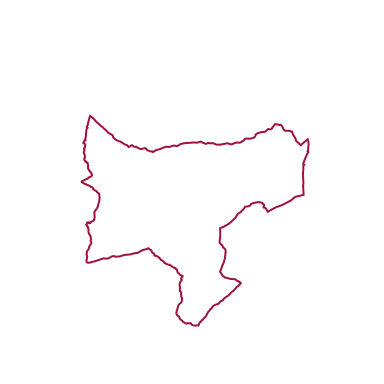 outline of Talea, Prahova, Romania, rotated 329°
{"feature_id": "2599482B77158206199320", "entity_name": "Talea", "entity_type": "district", "adm_level": 2, "iso_a3": "ROU", "parent_name": "Romania", "parent_adm1": "Prahova", "projection": "natural_earth1", "projection_center": [25.556, 45.224], "detail": "fine", "context": "isolated", "style": "outline", "palette": "rose", "viewbox_px": 384, "rotation_deg": 329, "n_neighbors": 0, "source": "geoboundaries", "source_scale": "gbopen_adm2", "svg_char_len": 6048}
<svg xmlns="http://www.w3.org/2000/svg" viewBox="0 0 384 384"><g transform="rotate(329 192 192)"><path d="M286.2,251.9L290.5,243.8L291.6,242.5L296.8,233.1L299.4,229.5L299.9,228.4L300.9,227.0L302.2,226.5L301.7,225.7L302.0,225.0L305.7,221.9L310.0,219.0L312.4,217.6L312.1,216.5L313.4,215.5L315.0,213.1L316.2,211.8L317.5,209.3L318.4,206.5L318.4,206.4L311.1,207.5L309.4,208.0L307.5,201.3L308.0,200.5L308.3,199.6L308.1,195.7L308.4,193.1L308.8,191.6L308.1,191.1L306.3,189.1L303.4,187.6L303.1,186.8L302.8,185.1L303.1,181.9L302.8,180.2L301.2,179.5L300.2,178.2L298.9,177.3L298.2,176.6L297.8,176.6L296.8,177.2L294.0,178.1L293.3,178.8L292.6,179.0L291.7,178.8L290.6,178.1L290.2,177.6L289.7,177.3L289.2,177.3L286.3,177.9L285.3,177.9L284.2,177.4L283.0,176.6L278.5,175.4L276.6,175.5L276.2,175.6L275.8,176.1L274.6,177.0L273.1,177.2L269.6,176.4L268.2,175.7L267.4,174.9L264.8,173.7L264.2,173.8L263.3,174.3L262.6,174.6L261.0,174.4L259.1,174.5L258.0,174.2L256.2,172.8L254.9,172.3L253.0,171.9L250.5,171.6L248.8,170.1L247.8,168.7L247.0,168.2L244.8,167.6L242.6,166.6L240.5,166.0L238.9,164.8L237.3,164.0L236.4,162.6L234.7,160.5L233.4,160.2L231.2,158.4L228.9,157.9L228.3,157.6L227.1,155.8L226.3,155.0L225.7,153.5L224.7,153.0L222.1,152.5L221.3,152.1L219.0,150.4L214.6,148.3L212.7,147.2L209.7,145.9L207.3,145.1L206.2,145.0L204.9,145.1L202.9,145.0L200.2,142.7L195.6,141.7L193.3,139.9L189.7,139.1L187.0,138.8L182.5,137.5L179.9,137.7L179.0,137.6L178.8,136.7L177.0,135.6L176.7,134.9L175.9,134.0L175.2,132.9L174.9,132.2L175.0,131.2L174.8,130.7L174.0,130.1L170.9,129.1L169.8,128.4L168.9,127.2L168.4,126.1L167.8,125.4L167.5,124.5L166.2,123.8L165.7,123.3L165.2,122.5L165.0,121.4L164.7,121.0L164.2,120.7L162.7,120.9L160.9,120.9L160.5,118.6L159.9,117.7L158.9,116.6L157.4,113.5L156.2,111.4L154.2,109.1L153.4,107.5L152.7,105.2L152.7,104.5L153.1,102.7L152.9,101.8L150.8,98.3L149.6,93.2L149.1,92.0L148.9,90.5L148.1,88.8L147.1,85.8L146.7,84.2L145.9,81.5L145.7,79.8L144.4,75.6L143.8,74.3L141.3,76.5L137.9,79.9L137.1,81.0L136.3,81.3L135.3,82.0L135.1,82.4L135.1,83.0L135.3,83.3L134.4,83.5L133.7,84.1L131.4,87.2L130.3,88.8L127.6,92.1L127.4,92.1L127.2,92.9L126.9,92.9L126.8,92.6L126.4,92.7L124.1,93.9L125.0,96.1L124.9,96.6L123.5,98.2L122.6,98.9L121.8,99.2L121.7,99.6L121.9,100.0L120.6,101.5L119.6,102.3L119.3,103.0L119.1,105.2L118.7,106.2L117.7,107.5L116.7,108.0L116.4,108.9L116.3,109.4L116.6,110.3L116.3,110.7L116.2,111.0L117.6,113.0L117.3,113.2L117.2,113.5L116.8,115.4L116.3,116.3L115.5,117.3L115.2,117.7L115.0,118.8L115.0,121.6L115.5,123.1L115.0,126.1L114.2,126.6L113.2,126.7L111.2,126.4L109.5,126.8L106.9,126.4L102.8,126.2L102.6,126.8L103.1,127.7L103.4,128.5L104.1,129.4L104.5,130.2L105.2,130.8L105.7,131.9L106.9,133.3L107.8,134.7L108.1,135.9L108.8,136.4L109.0,136.9L109.2,138.1L108.8,139.1L110.5,142.1L110.7,143.7L111.5,145.5L111.4,146.2L110.3,148.0L110.2,148.8L107.4,152.6L105.6,154.0L103.4,156.3L98.1,158.9L97.0,160.5L96.1,162.4L95.2,164.0L94.2,165.0L93.6,165.3L93.1,165.8L92.0,165.9L90.4,165.6L89.3,165.8L88.8,165.5L88.6,166.0L88.1,165.7L88.4,166.0L87.8,165.8L87.6,165.1L87.3,164.5L86.6,164.2L86.5,164.4L86.6,164.9L86.4,165.2L85.2,165.1L84.5,165.5L84.4,166.7L84.6,167.1L84.5,167.7L84.7,168.1L84.7,168.5L84.5,168.9L84.5,169.6L84.3,169.8L84.3,170.2L83.5,171.6L83.1,172.0L82.3,174.1L82.1,175.7L82.4,176.8L82.4,177.5L81.7,178.8L81.1,180.5L80.5,180.9L80.0,181.6L80.0,182.8L79.8,183.1L79.1,184.2L75.9,185.8L74.0,187.7L72.2,188.4L71.1,189.1L70.0,190.5L69.2,192.0L69.0,193.4L66.2,196.4L65.6,197.7L65.8,198.5L66.4,199.1L68.8,200.2L69.7,200.2L72.4,201.2L82.0,203.3L83.5,204.5L85.3,205.5L86.1,205.8L89.4,205.9L90.8,206.1L91.5,206.4L92.6,207.3L92.8,207.8L97.0,210.1L98.9,210.4L102.4,211.5L106.7,213.6L111.2,214.9L113.4,215.9L115.0,216.2L117.9,216.2L119.5,216.4L120.5,216.5L123.6,217.6L125.6,217.7L126.2,219.5L126.9,220.7L127.1,221.3L127.1,221.7L126.7,222.3L126.7,223.0L126.8,223.5L127.8,225.5L127.7,226.1L127.2,226.7L127.1,227.1L128.9,228.9L129.5,229.8L129.5,230.6L130.1,231.2L130.1,232.2L130.4,233.1L130.4,234.2L131.3,235.4L131.8,237.0L131.8,238.3L132.4,239.3L132.9,240.5L135.5,243.3L136.3,244.7L136.8,246.3L137.3,247.2L138.6,248.8L138.6,250.1L139.1,250.9L138.4,252.8L138.4,254.1L138.8,255.0L138.9,255.9L139.3,257.1L140.6,259.0L140.7,259.3L140.6,259.5L140.1,259.8L138.3,260.4L137.9,260.7L138.0,261.9L137.6,262.4L135.1,263.4L133.9,264.6L133.5,265.2L133.0,266.2L132.7,267.5L130.8,270.2L130.6,270.8L131.0,272.0L130.7,273.0L128.8,276.3L128.7,278.0L127.4,279.9L125.8,281.2L123.7,281.5L122.0,282.1L120.8,283.1L118.6,285.4L117.4,286.3L116.6,287.2L116.0,288.2L115.9,289.0L116.0,290.8L116.6,291.7L116.7,292.2L116.4,293.7L116.4,295.1L117.3,297.1L117.5,298.8L117.8,299.5L119.5,302.1L121.0,302.3L122.4,303.4L123.3,303.8L123.5,304.4L123.5,305.5L123.7,306.1L124.2,306.8L125.9,308.2L127.9,309.0L128.7,309.7L131.6,307.8L133.1,307.6L134.2,307.0L135.4,307.1L136.4,306.5L139.5,305.9L143.9,303.2L145.8,302.7L147.5,301.9L148.7,301.8L150.2,301.1L151.3,300.7L152.6,300.6L154.1,300.7L156.6,301.4L160.5,300.5L162.6,300.7L164.9,299.7L167.5,299.5L170.0,299.5L174.3,298.2L176.9,298.0L178.1,297.5L179.8,297.1L181.3,296.4L183.3,296.4L186.8,295.4L186.6,294.0L186.4,294.0L186.0,292.8L185.1,291.6L184.2,289.3L183.7,288.7L180.5,286.6L178.6,284.7L177.5,283.3L176.1,282.3L175.9,281.2L175.2,280.2L175.0,274.9L175.2,274.5L177.4,273.1L179.7,271.0L182.2,269.3L185.8,266.1L190.5,259.9L190.9,258.6L190.9,257.9L190.7,257.0L190.1,255.5L190.2,254.6L190.5,253.4L189.8,251.5L189.6,250.6L189.6,249.9L190.5,248.1L192.2,246.1L194.9,242.1L195.5,240.8L197.4,237.8L197.5,237.5L201.7,238.1L207.1,238.2L209.8,237.8L215.6,236.5L217.1,235.9L219.0,234.7L220.1,234.3L222.1,234.2L223.3,234.5L224.6,233.8L227.2,233.3L229.2,232.5L229.9,232.0L233.8,233.6L234.8,233.5L236.2,232.8L238.1,232.9L239.8,233.3L241.3,234.1L242.8,234.3L244.1,235.2L246.7,237.4L246.5,238.0L246.5,238.5L246.7,239.0L247.2,239.6L247.2,240.1L246.8,240.8L245.8,241.5L245.4,242.0L245.5,242.3L246.5,243.2L246.8,243.9L246.9,245.0L246.7,248.0L255.5,248.3L256.8,248.4L262.1,249.6L272.4,250.2L274.2,250.0L276.0,249.5L278.0,249.4L286.2,251.9Z" fill="none" stroke="#9f1239" stroke-width="2"/></g></svg>